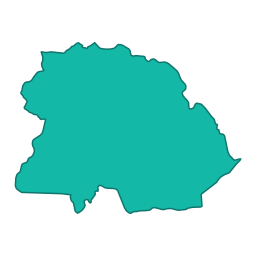 outline of Copperbelt
{"feature_id": "ZMB-517", "entity_name": "Copperbelt", "entity_type": "Province", "adm_level": 1, "iso_a3": "ZMB", "parent_name": "Zambia", "parent_adm1": "", "projection": "mercator", "projection_center": [27.632, -13.082], "detail": "fine", "context": "isolated", "style": "filled", "palette": "teal", "viewbox_px": 256, "rotation_deg": 0, "n_neighbors": 0, "source": "natural_earth", "source_scale": "10m", "svg_char_len": 4586}
<svg xmlns="http://www.w3.org/2000/svg" viewBox="0 0 256 256"><path d="M94.6,42.7L95.2,43.2L99.4,47.9L102.2,48.8L106.6,49.2L111.1,49.0L114.3,48.2L116.1,46.6L117.2,45.3L118.5,44.5L121.0,44.7L123.0,45.5L128.7,48.9L130.1,50.7L130.5,53.2L131.1,55.4L133.3,56.1L135.1,55.8L136.6,55.7L143.9,56.4L144.8,56.9L145.1,57.8L145.3,58.8L145.8,59.7L148.2,61.6L149.7,61.0L151.1,59.5L153.6,58.9L155.5,59.8L157.0,61.2L158.7,62.4L161.3,62.4L163.3,62.1L165.3,62.2L167.1,62.8L168.8,63.8L177.0,70.9L178.4,73.1L180.3,78.1L181.5,80.4L184.9,84.0L185.9,85.9L185.8,88.5L184.7,90.2L183.1,91.3L182.1,92.8L182.8,95.4L184.8,98.0L187.0,100.3L188.6,102.7L188.9,107.9L190.0,108.9L191.5,108.9L193.0,108.2L194.0,107.0L195.4,104.1L196.7,103.2L201.3,104.2L205.3,108.3L212.0,117.1L213.7,118.7L214.4,119.8L215.3,123.4L215.7,123.9L217.1,124.4L217.4,124.8L217.4,125.3L216.9,126.4L216.9,126.9L217.0,127.3L216.8,128.4L216.9,129.0L217.3,129.4L217.9,129.6L218.4,129.7L218.8,129.9L219.7,133.4L220.6,134.0L222.6,134.1L223.5,134.5L224.6,136.0L227.7,151.0L229.3,155.2L232.3,158.2L233.6,159.8L235.2,160.1L237.0,159.7L238.8,159.1L240.6,159.0L240.4,159.7L240.1,160.1L239.8,160.5L236.0,164.4L229.6,172.4L229.2,172.7L228.8,173.0L224.9,174.4L221.5,176.5L220.7,177.1L218.6,179.3L216.9,181.8L216.2,182.6L202.0,193.6L201.6,193.9L201.4,194.3L201.2,194.8L202.0,206.1L201.5,206.6L200.4,207.0L192.5,207.3L188.6,208.0L188.1,208.2L186.8,208.9L185.9,209.4L185.4,209.5L184.7,209.6L178.3,210.2L176.5,209.9L171.8,208.6L170.8,208.5L167.6,208.6L165.8,209.0L163.8,209.6L163.0,209.6L161.8,209.4L155.6,207.8L154.9,207.7L154.0,207.6L152.8,207.9L152.1,208.2L151.6,208.6L151.3,209.0L150.9,209.3L150.1,209.9L149.6,210.1L149.1,210.2L145.6,210.6L140.1,210.8L138.9,210.9L138.1,211.2L137.7,211.4L136.9,211.5L134.2,211.6L133.4,211.8L132.7,212.1L131.5,212.9L131.0,213.1L130.5,213.3L129.7,213.1L128.5,212.5L126.5,210.9L125.3,209.1L124.3,207.2L117.7,190.6L116.2,189.2L114.3,188.6L106.0,188.0L104.8,187.6L103.8,187.1L102.1,186.0L101.6,185.7L100.9,185.6L99.3,185.4L97.8,187.0L97.8,188.3L98.2,189.6L98.0,191.0L97.5,191.1L96.7,191.1L95.9,191.2L95.2,191.7L94.9,192.6L95.0,193.2L95.3,193.7L95.2,194.4L94.3,195.9L91.1,200.1L91.0,200.7L91.1,201.5L91.1,202.3L90.5,202.8L89.8,202.7L89.2,202.1L88.7,201.5L88.0,199.8L86.9,199.5L85.6,199.8L84.7,200.4L84.2,201.6L84.4,203.1L85.1,205.3L84.1,207.8L81.9,210.4L79.2,212.4L77.5,213.1L76.4,212.3L76.1,212.0L75.5,211.5L75.2,210.9L74.6,208.8L74.4,207.0L74.3,206.5L73.9,205.5L73.7,203.8L73.5,203.3L73.3,202.8L73.0,202.4L71.7,201.1L71.4,200.7L71.2,200.2L70.4,197.7L70.4,197.2L70.5,196.6L70.6,196.0L70.7,195.4L70.6,194.8L62.0,193.7L21.7,192.4L18.3,190.2L16.8,188.9L16.4,188.3L15.9,187.4L15.5,186.1L15.4,185.0L15.8,178.4L16.2,176.7L16.8,175.0L17.4,174.1L17.7,173.7L19.6,172.1L20.0,171.7L20.2,171.3L20.5,170.5L21.6,165.6L21.9,164.8L22.3,164.2L22.7,163.9L23.6,163.4L25.6,162.7L26.5,162.3L27.0,161.9L27.4,161.3L28.5,158.6L28.8,158.2L29.2,157.9L31.5,156.8L32.0,156.2L32.7,155.4L33.6,153.6L34.0,152.5L34.3,151.6L34.3,151.0L34.2,149.3L33.9,148.2L32.8,145.9L32.6,145.2L32.4,144.3L32.4,142.7L32.6,141.7L32.8,141.0L33.0,140.5L33.3,140.0L33.7,139.7L34.4,139.0L39.9,135.5L40.7,134.9L41.6,133.8L42.3,132.8L42.6,132.0L42.9,131.3L45.6,119.6L45.1,119.3L44.6,119.1L44.0,119.1L43.4,119.0L41.2,119.4L40.6,119.2L40.1,118.8L39.7,118.0L39.4,117.5L38.9,117.2L38.5,117.1L38.2,116.7L37.8,115.8L37.5,115.4L37.2,115.0L36.8,114.8L36.4,114.6L36.0,114.6L34.3,114.5L33.8,114.3L33.3,114.0L32.5,113.4L32.0,113.1L29.3,112.1L28.9,111.8L28.5,111.4L27.9,110.7L27.5,110.4L26.6,109.8L25.6,109.3L25.1,109.0L24.7,108.6L24.3,108.0L24.3,107.4L24.4,106.9L25.3,105.6L26.2,103.4L26.6,102.8L27.0,101.9L27.0,101.2L26.9,100.7L26.6,100.3L24.7,98.3L24.3,98.0L23.8,97.6L23.4,97.1L23.1,96.2L22.8,95.6L22.5,95.2L22.0,94.8L21.6,94.4L21.2,93.9L20.9,93.0L21.0,92.4L21.6,91.3L21.9,90.5L22.8,86.0L23.1,85.3L23.4,84.8L24.3,83.5L25.0,82.7L25.9,82.3L26.4,82.1L26.9,82.0L28.7,81.9L29.2,81.7L30.1,81.3L31.0,80.8L31.7,80.1L32.6,78.9L33.7,77.0L37.2,72.6L38.0,72.1L38.9,71.7L42.8,71.0L43.4,70.8L43.8,70.4L43.8,70.0L43.6,69.7L42.9,68.9L42.0,66.5L41.8,65.8L41.7,65.0L41.6,63.6L41.8,62.8L42.1,62.1L42.4,61.5L42.8,60.5L42.8,57.4L42.7,56.8L41.6,53.3L41.4,52.7L41.3,52.0L41.7,51.8L42.2,51.9L44.5,52.4L47.2,52.5L48.1,52.4L50.0,52.0L51.2,51.9L63.6,53.2L64.2,52.9L64.9,52.5L66.1,51.0L66.6,50.5L68.0,49.8L68.3,49.5L69.8,48.8L71.2,47.1L71.7,46.6L72.2,46.4L73.2,46.1L73.7,45.9L74.4,45.3L75.9,44.0L76.7,43.4L77.2,43.2L78.6,42.8L79.4,43.6L81.0,44.5L82.4,45.5L82.4,46.1L82.2,46.8L82.5,47.4L85.3,47.9L86.4,48.4L86.8,48.6L88.1,46.7L89.6,46.2L90.1,46.0L94.3,43.1L94.6,42.7Z" fill="#14b8a6" stroke="#0f766e" stroke-width="1.5"/></svg>